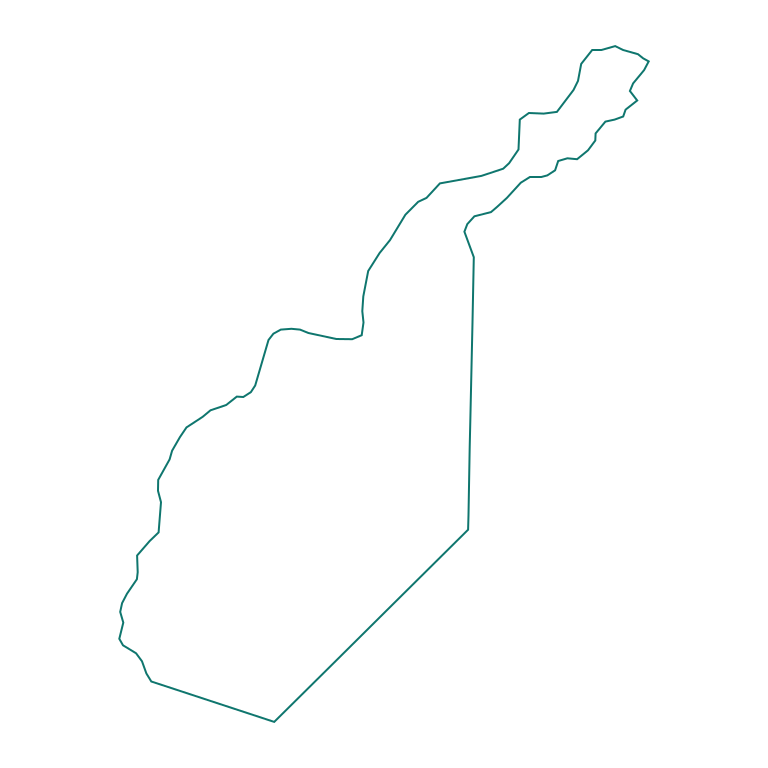 Jardim de Piranhas, Rio Grande do Norte, Brazil
{"feature_id": "56859067B64681620711629", "entity_name": "Jardim de Piranhas", "entity_type": "district", "adm_level": 2, "iso_a3": "BRA", "parent_name": "Brazil", "parent_adm1": "Rio Grande do Norte", "projection": "robinson", "projection_center": [-37.255, -6.303], "detail": "fine", "context": "isolated", "style": "outline", "palette": "teal", "viewbox_px": 768, "rotation_deg": 0, "n_neighbors": 0, "source": "geoboundaries", "source_scale": "gbopen_adm2", "svg_char_len": 1326}
<svg xmlns="http://www.w3.org/2000/svg" viewBox="0 0 768 768"><path d="M623.2,116.5L625.6,109.6L637.2,100.5L629.9,91.0L633.1,83.4L644.1,70.1L648.7,61.4L643.1,58.3L638.0,54.2L623.1,50.0L615.2,46.1L601.4,50.0L592.2,50.0L581.2,63.9L578.0,80.9L573.5,90.0L556.9,111.9L543.7,113.6L528.9,113.0L519.8,119.6L518.5,149.5L509.1,163.2L503.2,168.7L481.4,175.9L439.9,183.4L426.5,197.9L418.2,201.8L405.4,214.7L390.0,240.1L379.6,253.0L368.2,271.0L363.3,296.4L362.3,311.2L363.5,322.5L361.7,335.2L352.2,339.2L336.3,339.0L308.4,333.0L300.0,329.6L291.4,328.8L280.8,329.6L273.4,333.7L268.5,340.0L255.2,385.5L250.9,392.1L243.3,397.0L236.8,396.6L226.2,405.0L210.5,410.3L202.7,416.8L186.5,427.4L180.0,437.0L172.1,450.7L169.6,459.4L158.2,479.9L158.0,490.8L161.0,502.2L158.6,532.4L149.6,541.1L137.1,555.5L137.7,572.2L136.9,579.2L127.0,593.7L122.1,603.1L120.2,611.9L123.3,622.6L119.3,638.8L123.0,645.3L136.1,653.3L142.0,661.3L146.4,673.5L151.3,681.5L274.2,721.9L332.3,664.4L387.0,610.1L468.1,529.7L468.5,515.0L469.7,447.2L470.3,421.4L472.5,322.3L473.8,257.2L464.4,231.7L467.3,224.1L474.4,216.3L491.0,212.1L497.3,206.7L506.9,197.9L520.8,182.7L529.9,177.0L541.3,177.0L547.3,175.4L555.1,170.3L558.2,161.0L567.4,158.3L577.1,159.2L588.0,150.3L595.3,140.5L595.6,133.4L605.4,121.6L614.6,119.6L623.2,116.5Z" fill="none" stroke="#0f766e" stroke-width="2"/></svg>